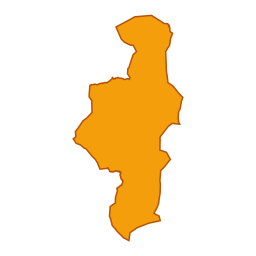 Erdene, Töv, Mongolia
{"feature_id": "93677404B44653121732783", "entity_name": "Erdene", "entity_type": "district", "adm_level": 2, "iso_a3": "MNG", "parent_name": "Mongolia", "parent_adm1": "Töv", "projection": "albers", "projection_center": [107.583, 48.287], "detail": "fine", "context": "isolated", "style": "filled", "palette": "amber", "viewbox_px": 256, "rotation_deg": 0, "n_neighbors": 0, "source": "geoboundaries", "source_scale": "gbopen_adm2", "svg_char_len": 4878}
<svg xmlns="http://www.w3.org/2000/svg" viewBox="0 0 256 256"><path d="M160.2,220.7L159.1,216.1L154.0,213.4L157.1,207.4L158.6,203.4L159.1,199.1L160.1,193.3L160.3,187.2L160.4,184.5L159.9,180.7L160.7,170.7L164.8,166.4L169.1,160.9L170.4,159.5L166.5,152.4L159.9,150.0L160.1,138.8L159.9,137.4L163.4,132.6L168.1,126.6L172.0,123.4L179.7,124.2L178.7,122.0L178.2,118.3L178.6,111.8L180.2,108.7L181.4,101.5L182.8,97.5L178.6,93.0L172.9,86.0L167.9,82.5L167.6,79.3L166.4,71.0L165.7,51.5L168.9,46.2L169.6,45.2L170.6,38.5L172.5,33.5L172.4,33.3L172.2,33.2L172.1,32.8L171.9,32.7L171.6,32.6L171.3,32.5L171.1,32.3L170.9,32.3L170.7,32.2L170.4,31.8L170.1,31.4L169.9,31.1L169.8,30.9L169.9,30.6L169.8,29.9L169.9,29.1L169.8,28.6L169.9,28.4L169.9,28.2L169.7,27.8L169.7,27.6L169.5,27.3L169.5,27.2L169.5,26.9L169.3,26.8L169.5,26.7L169.5,26.3L169.1,25.9L169.1,25.7L168.9,25.6L169.0,25.3L168.9,25.3L168.9,25.2L168.7,25.0L168.4,24.9L168.2,24.7L168.1,24.4L168.0,24.2L167.8,23.8L164.2,23.5L151.5,15.4L134.9,16.8L116.0,27.0L121.3,39.1L124.7,42.4L130.4,45.1L133.2,45.3L136.5,51.6L133.1,54.7L129.0,67.3L127.9,68.6L127.5,73.8L130.0,77.5L129.3,79.3L129.2,79.2L128.8,79.0L128.2,78.7L127.6,78.7L127.3,78.8L126.7,78.9L126.2,79.2L125.9,79.4L125.6,79.4L125.4,79.4L125.0,79.3L124.9,79.3L124.6,79.4L124.3,79.5L124.0,79.4L123.9,79.4L123.6,79.2L123.3,78.8L123.2,78.7L122.6,78.7L121.6,78.2L121.4,78.2L121.0,78.2L120.7,78.3L120.1,78.3L119.7,78.2L118.8,77.9L118.6,77.7L118.4,77.6L118.1,77.5L117.8,77.6L117.7,77.5L117.4,77.6L117.2,77.9L116.9,77.9L116.3,78.1L115.6,78.1L115.4,78.4L115.3,78.6L115.2,78.8L114.9,78.9L114.7,78.8L114.6,78.6L114.3,78.6L114.1,78.8L113.9,78.9L113.5,78.7L113.3,78.6L113.1,78.4L112.9,77.8L112.8,77.6L112.6,77.4L112.4,77.5L112.4,78.1L112.3,78.4L111.8,79.0L111.7,79.1L111.6,79.4L111.5,79.5L111.3,79.6L111.1,79.6L110.8,80.0L110.5,80.1L110.3,80.4L110.2,80.4L110.0,80.6L109.9,80.6L109.6,80.9L109.2,81.3L108.7,81.5L108.4,81.7L108.3,81.9L108.1,82.0L107.8,82.2L107.7,82.2L107.4,82.5L107.1,82.5L106.9,82.4L106.7,82.4L106.6,82.5L106.4,82.8L106.2,82.9L105.9,82.7L105.7,82.7L105.3,82.5L105.2,82.5L104.7,82.7L104.1,82.7L103.8,82.9L103.6,82.9L103.3,83.1L103.0,83.2L102.9,83.3L102.7,83.5L102.4,83.5L102.3,83.4L102.1,83.1L101.8,83.1L101.6,83.1L101.3,83.3L100.9,83.4L100.7,83.6L100.3,83.5L100.1,83.6L99.8,83.6L99.5,83.6L99.1,83.7L98.7,84.0L98.1,84.5L97.9,84.5L97.5,84.5L97.4,84.5L97.2,84.6L96.9,84.8L96.6,84.7L96.4,84.6L96.2,84.4L95.8,84.3L95.4,84.3L95.1,84.2L94.9,84.2L94.5,84.3L94.2,84.3L93.6,84.6L93.3,84.7L93.0,84.7L92.8,84.7L92.5,84.6L92.2,84.6L91.3,84.7L90.8,85.0L89.9,85.4L89.2,94.0L89.1,96.9L91.8,100.7L92.0,112.5L86.6,118.2L83.2,120.6L77.8,128.5L75.4,131.5L75.9,136.8L73.2,138.8L74.0,139.9L76.2,143.3L80.6,145.0L83.9,148.0L86.3,149.0L89.0,152.5L92.9,157.1L95.3,159.3L97.4,162.8L100.0,169.1L106.7,168.4L107.9,167.8L108.0,167.9L108.0,168.1L107.9,168.4L107.9,168.5L108.0,168.8L108.5,169.0L108.7,169.4L108.9,169.4L109.1,169.6L109.4,170.3L109.5,170.7L109.5,171.1L109.6,171.3L109.9,171.5L110.1,171.6L110.3,171.7L110.8,171.8L111.1,171.9L111.3,171.9L111.5,171.7L111.8,171.6L112.0,171.6L112.1,171.8L112.3,171.8L112.5,171.8L112.8,172.0L113.2,171.9L113.4,171.9L113.6,171.6L113.9,171.6L114.2,171.7L114.4,171.6L114.5,171.5L114.6,171.3L114.8,171.2L115.2,171.2L115.3,171.1L115.4,170.9L115.5,170.9L115.7,171.1L115.8,171.1L116.1,171.0L116.4,170.8L116.5,170.8L116.8,171.1L117.1,171.1L117.5,171.2L117.6,171.3L117.8,171.2L118.1,171.2L118.1,171.3L117.9,171.5L118.1,171.6L118.3,171.5L118.5,171.6L118.8,171.5L119.0,171.7L119.1,171.8L119.1,171.6L119.4,171.8L119.5,171.7L119.6,172.0L119.8,172.2L120.0,172.4L120.4,172.4L120.5,172.4L120.6,172.2L120.7,172.4L120.6,172.7L120.7,172.9L120.8,173.0L120.9,173.4L120.9,173.5L120.3,174.3L120.1,174.6L120.0,174.8L120.1,175.5L120.4,176.2L120.5,176.1L120.6,176.4L120.8,176.9L120.7,177.3L120.8,177.5L120.8,178.0L120.9,178.3L121.0,178.5L121.3,179.3L121.5,179.6L121.8,179.7L122.0,179.6L122.3,179.8L122.3,180.2L122.5,180.3L122.6,180.5L122.8,180.6L123.0,180.7L123.0,180.8L122.9,181.0L122.7,181.4L122.5,181.7L122.6,182.0L122.7,182.4L122.7,182.5L122.6,182.8L122.2,183.3L122.1,183.5L122.0,184.0L121.9,184.2L121.8,184.3L121.7,184.6L121.7,184.8L121.8,185.0L121.5,185.1L121.3,185.2L121.2,185.3L121.2,185.5L120.9,185.5L120.7,185.5L120.5,185.4L120.4,185.5L119.3,186.6L118.8,187.0L118.2,187.4L117.8,187.6L117.7,187.9L117.4,187.8L117.1,188.0L116.9,188.3L116.9,188.5L117.4,190.7L115.5,197.6L115.3,203.0L110.2,206.5L109.5,216.0L109.4,216.1L109.6,216.5L109.8,217.0L110.1,217.3L110.3,217.9L110.3,218.4L110.5,218.7L110.6,219.1L110.7,219.4L110.9,219.6L110.9,219.9L110.9,220.0L111.0,220.6L111.5,222.5L111.6,222.8L111.7,223.0L111.8,223.3L111.9,223.6L111.9,223.9L111.9,224.2L111.9,224.6L112.0,224.9L113.1,226.5L114.1,227.7L114.8,228.4L115.3,228.9L117.2,231.4L118.0,232.2L118.4,232.7L118.8,233.0L123.5,237.7L128.9,240.6L130.0,232.7L137.4,227.6L148.7,223.2L160.2,220.7Z" fill="#f59e0b" stroke="#b45309" stroke-width="1.5"/></svg>